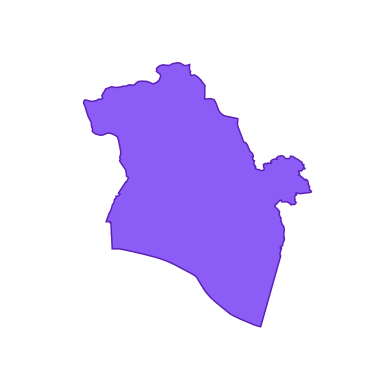 Moldova Noua, Caras-Severin, Romania, rotated 312°
{"feature_id": "2599482B11325322412339", "entity_name": "Moldova Noua", "entity_type": "district", "adm_level": 2, "iso_a3": "ROU", "parent_name": "Romania", "parent_adm1": "Caras-Severin", "projection": "albers", "projection_center": [21.687, 44.747], "detail": "fine", "context": "isolated", "style": "filled", "palette": "violet", "viewbox_px": 384, "rotation_deg": 312, "n_neighbors": 0, "source": "geoboundaries", "source_scale": "gbopen_adm2", "svg_char_len": 5192}
<svg xmlns="http://www.w3.org/2000/svg" viewBox="0 0 384 384"><g transform="rotate(312 192 192)"><path d="M277.8,270.2L277.7,268.4L276.9,268.8L276.5,268.0L276.5,267.0L276.7,266.1L276.6,265.1L276.5,264.1L276.5,263.0L276.4,262.0L276.5,261.8L276.0,260.1L276.3,260.2L276.7,259.9L277.0,259.9L277.5,259.9L278.8,257.2L279.6,257.8L279.9,258.0L280.3,258.7L280.6,259.1L281.5,259.2L282.0,259.2L283.1,259.2L283.6,259.2L284.4,260.3L285.2,260.1L284.9,258.5L286.4,257.6L287.1,256.7L286.4,256.2L287.3,254.5L287.5,254.0L287.7,253.4L287.7,253.1L287.4,252.0L287.2,250.9L287.1,249.7L287.0,248.6L286.3,246.7L286.3,245.9L286.2,245.1L286.1,244.4L285.9,243.6L285.9,243.3L284.7,241.3L283.0,241.9L281.8,241.8L281.0,240.8L279.5,239.3L279.6,237.8L279.8,236.1L279.3,235.1L279.1,234.4L277.5,233.3L276.7,232.7L276.0,232.2L275.1,232.1L274.4,232.1L273.1,232.2L273.1,232.6L273.1,232.8L272.4,232.0L271.4,231.2L270.5,230.5L268.6,229.9L268.1,229.9L267.0,230.2L266.5,230.7L266.5,231.3L266.7,232.4L266.2,231.7L265.3,230.6L264.9,229.9L264.7,229.3L263.8,228.9L263.6,228.9L263.0,228.9L263.0,228.6L262.9,228.2L262.5,227.5L262.4,227.4L261.2,227.1L260.3,226.6L259.9,227.4L258.6,228.2L258.0,229.6L257.2,230.2L257.1,230.5L256.6,230.5L255.3,230.2L254.4,229.1L254.0,228.4L253.5,227.0L252.8,225.8L252.2,224.9L252.0,224.0L252.0,223.3L252.9,222.9L253.4,222.4L253.1,221.5L253.8,221.2L254.1,220.1L254.2,219.1L254.4,218.7L255.2,218.5L256.1,217.9L257.0,217.5L256.5,216.3L258.5,213.2L259.3,214.0L260.7,212.1L261.1,210.2L261.1,207.8L261.8,206.3L262.8,204.0L263.9,201.9L264.6,199.3L263.8,196.8L266.5,191.8L270.8,183.4L272.5,180.6L277.2,177.0L270.9,166.1L270.2,164.8L269.7,161.1L270.5,157.2L273.9,150.8L275.4,146.8L274.0,143.5L269.5,139.3L279.9,130.2L280.2,128.5L280.4,126.9L280.8,125.2L281.2,123.5L281.3,118.8L280.7,115.5L278.0,113.5L279.0,111.2L280.7,110.3L281.1,108.3L283.5,106.3L285.2,105.0L282.7,103.6L280.7,101.4L280.1,97.6L278.7,95.1L274.3,91.6L271.0,90.6L270.0,89.3L268.9,87.9L267.9,86.5L266.9,85.1L263.6,83.3L260.3,83.0L257.7,85.0L258.3,88.9L257.2,91.2L253.2,92.7L249.7,92.4L246.2,90.7L245.7,89.1L245.2,87.5L244.6,85.9L243.9,84.4L243.4,83.7L240.5,80.1L237.7,77.9L232.9,77.4L231.6,76.4L231.1,75.5L230.4,74.6L229.7,73.8L228.9,73.1L226.7,72.3L224.7,70.1L221.8,68.4L218.3,65.0L216.6,61.9L210.7,58.8L209.5,59.2L208.3,59.5L207.1,59.7L205.9,59.8L203.2,60.6L201.8,63.0L200.0,62.3L198.3,60.3L196.4,60.0L195.2,59.2L194.1,58.4L193.0,57.5L192.0,56.6L188.9,50.8L187.2,50.9L185.5,51.9L183.4,56.4L182.1,58.4L180.9,60.4L179.7,62.4L178.6,64.5L178.0,65.9L177.4,67.4L176.9,68.8L176.4,70.3L173.1,74.0L172.4,75.8L170.8,76.8L170.2,78.2L170.6,81.3L171.2,82.8L171.9,84.1L172.6,85.4L173.5,86.7L174.5,87.4L175.5,88.1L176.6,88.6L177.8,89.0L180.1,90.7L181.7,93.6L182.7,97.2L183.0,99.8L181.0,103.2L174.7,111.5L172.5,113.6L169.4,115.1L168.3,116.8L166.7,117.3L166.0,119.8L165.4,122.3L164.8,124.8L164.3,127.3L163.3,128.8L162.3,130.2L161.1,131.5L159.9,132.8L160.3,135.1L156.2,136.5L155.3,136.0L141.8,138.1L142.1,140.1L141.4,140.0L140.6,139.9L139.9,139.7L139.1,139.5L138.1,138.3L137.5,138.8L136.8,139.4L134.4,139.4L133.8,139.9L133.2,140.3L132.6,140.7L131.9,141.0L131.2,141.3L129.5,141.3L126.0,143.1L125.9,143.1L125.2,143.3L124.3,143.8L123.5,144.1L123.3,144.1L120.7,144.7L113.7,147.6L112.5,148.1L114.8,150.5L115.2,151.0L114.3,151.6L114.9,152.8L114.3,153.1L112.7,154.5L111.2,155.9L110.3,157.0L107.5,159.5L105.1,162.1L96.3,170.8L97.0,171.4L101.1,176.0L104.8,182.2L107.2,186.5L107.5,186.7L110.0,191.5L113.5,197.7L116.6,203.8L118.7,207.7L121.2,213.1L123.8,219.5L126.5,228.0L128.6,236.7L129.8,241.4L131.3,247.5L131.8,250.6L131.7,252.6L129.1,261.1L128.8,262.3L128.0,264.6L127.0,268.8L126.2,274.6L126.0,277.4L126.0,284.4L126.9,301.7L128.0,306.6L129.9,312.8L131.9,318.6L133.4,322.9L135.1,327.7L137.3,332.3L137.8,333.2L203.4,300.9L204.1,300.5L203.9,299.4L205.7,298.4L206.0,298.2L206.2,297.8L207.5,297.4L208.9,296.7L209.8,296.3L209.2,295.2L210.6,294.4L211.1,295.3L212.0,295.0L212.6,295.0L213.1,295.0L213.6,294.5L214.2,294.2L215.2,293.7L216.2,293.3L217.6,293.0L218.2,292.6L218.6,292.4L219.0,291.5L219.6,291.2L220.2,290.8L220.5,290.2L221.0,289.4L221.1,289.2L221.7,288.8L222.3,288.2L223.0,287.7L223.7,287.2L224.0,286.9L224.3,286.7L225.0,286.4L225.7,285.9L226.2,285.3L226.9,283.9L227.6,283.7L227.7,283.2L228.1,282.0L228.0,281.2L228.2,280.3L229.0,279.6L229.2,279.2L229.6,278.2L230.2,277.6L230.3,276.9L230.5,276.4L231.9,275.9L232.2,275.6L232.3,274.9L232.7,273.7L233.3,272.6L233.9,271.7L234.4,271.3L236.0,270.2L236.3,268.6L236.6,266.9L236.5,263.6L238.1,262.4L240.2,262.9L241.3,262.8L242.4,262.8L243.5,262.9L244.5,263.1L245.5,263.5L245.0,264.6L244.7,265.1L245.8,266.5L246.7,267.4L247.7,268.6L248.6,270.2L248.7,270.5L248.9,271.4L248.7,272.0L248.8,272.6L249.0,273.2L248.8,274.0L249.3,273.7L250.2,275.2L250.8,276.1L251.5,276.6L251.7,276.4L252.5,276.6L253.4,276.7L253.7,276.5L253.8,275.5L254.1,275.4L254.0,275.0L254.2,274.5L254.6,274.2L255.3,273.7L256.6,271.9L257.7,271.3L259.2,270.9L259.6,271.6L260.3,271.4L260.7,270.0L261.4,270.5L263.2,273.6L271.3,280.6L272.5,280.2L272.4,279.7L272.4,279.3L272.4,278.9L272.4,278.5L272.5,278.1L272.6,277.7L272.7,277.3L272.9,276.9L274.4,276.1L275.6,273.2L276.3,272.5L276.9,271.8L277.4,271.0L277.8,270.2Z" fill="#8b5cf6" stroke="#5b21b6" stroke-width="1.5"/></g></svg>